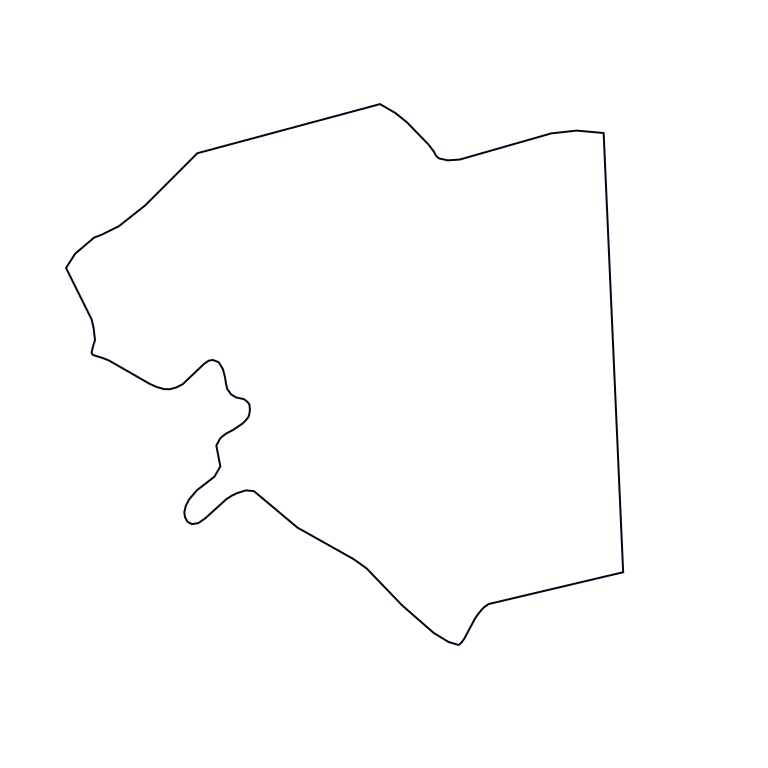 Salima, Mercator projection, rotated 345°
{"feature_id": "MWI-1914", "entity_name": "Salima", "entity_type": "District", "adm_level": 1, "iso_a3": "MWI", "parent_name": "Malawi", "parent_adm1": "", "projection": "mercator", "projection_center": [34.346, -13.759], "detail": "fine", "context": "isolated", "style": "outline", "palette": "ink", "viewbox_px": 768, "rotation_deg": 345, "n_neighbors": 0, "source": "natural_earth", "source_scale": "10m", "svg_char_len": 1270}
<svg xmlns="http://www.w3.org/2000/svg" viewBox="0 0 768 768"><g transform="rotate(345 384 384)"><path d="M452.6,112.6L465.2,125.3L473.9,137.2L488.9,164.1L492.4,172.6L493.3,177.1L495.5,180.3L503.5,184.5L515.4,186.8L610.3,185.2L635.7,189.1L660.5,198.2L661.1,198.5L566.3,627.7L428.2,623.6L423.0,625.5L419.9,627.3L415.9,630.2L411.3,634.0L395.6,650.8L391.7,654.0L388.5,655.4L379.6,649.9L367.7,637.5L344.2,602.5L319.4,557.5L309.1,545.1L263.3,500.4L230.7,453.9L223.1,451.0L213.8,451.4L208.0,452.5L202.2,454.3L176.5,467.5L168.8,470.3L162.3,469.7L158.5,466.2L157.3,461.1L157.9,456.2L161.0,450.4L165.8,445.1L175.8,438.2L196.3,429.6L204.6,421.2L206.1,400.1L209.2,396.8L210.0,395.9L211.4,394.4L214.4,392.7L219.1,390.9L226.3,389.3L237.1,385.6L240.6,383.6L244.4,380.9L246.4,377.7L247.9,373.9L248.7,369.0L247.6,366.1L244.8,362.4L237.7,358.7L233.6,354.5L231.3,348.2L231.4,343.4L232.2,336.1L232.2,327.8L230.0,320.2L224.9,316.5L220.7,316.1L215.6,317.9L189.3,332.2L182.1,333.6L175.8,333.6L170.2,332.0L164.0,328.3L157.7,323.2L124.4,290.1L119.5,286.4L110.4,280.7L109.6,278.1L112.4,272.8L116.2,266.8L118.0,254.8L118.3,245.9L106.9,189.6L119.4,178.2L141.8,167.6L150.6,166.6L168.8,162.9L199.3,149.8L263.4,112.8L452.5,112.6L452.6,112.6Z" fill="none" stroke="#020617" stroke-width="2"/></g></svg>